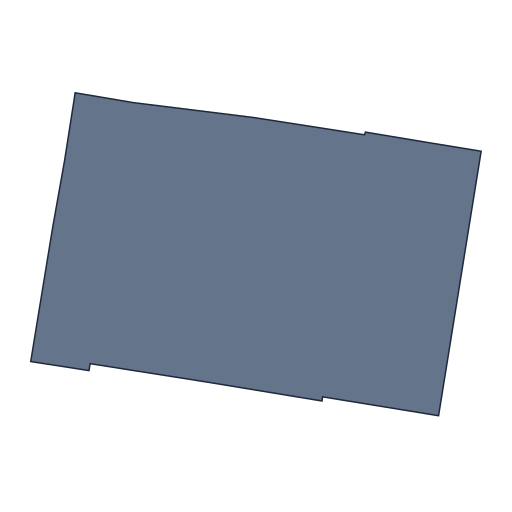 Hubbard, Minnesota, United States of America, rotated 279°
{"feature_id": "52423323B61321967815878", "entity_name": "Hubbard", "entity_type": "district", "adm_level": 2, "iso_a3": "USA", "parent_name": "United States of America", "parent_adm1": "Minnesota", "projection": "natural_earth1", "projection_center": [-94.906, 47.108], "detail": "fine", "context": "isolated", "style": "filled", "palette": "slate", "viewbox_px": 512, "rotation_deg": 279, "n_neighbors": 0, "source": "geoboundaries", "source_scale": "gbopen_adm2", "svg_char_len": 394}
<svg xmlns="http://www.w3.org/2000/svg" viewBox="0 0 512 512"><g transform="rotate(279 256 256)"><path d="M123.8,225.9L123.1,343.9L127.3,343.8L126.8,461.3L327.0,461.8L394.7,462.0L395.0,403.1L395.5,344.7L392.7,344.2L392.4,232.3L388.3,110.8L388.9,51.8L382.0,51.9L320.0,52.0L252.3,50.7L116.5,50.0L116.7,109.0L123.7,109.0L123.8,225.9Z" fill="#64748b" stroke="#1e293b" stroke-width="1.5"/></g></svg>